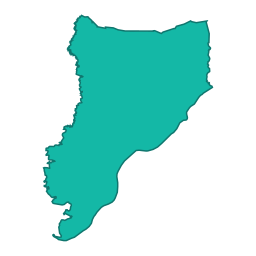 the district of Paso de los Libres, Corrientes, Argentina
{"feature_id": "61730980B64755596751827", "entity_name": "Paso de los Libres", "entity_type": "district", "adm_level": 2, "iso_a3": "ARG", "parent_name": "Argentina", "parent_adm1": "Corrientes", "projection": "mercator", "projection_center": [-57.461, -29.678], "detail": "fine", "context": "isolated", "style": "filled", "palette": "teal", "viewbox_px": 256, "rotation_deg": 0, "n_neighbors": 0, "source": "geoboundaries", "source_scale": "gbopen_adm2", "svg_char_len": 5495}
<svg xmlns="http://www.w3.org/2000/svg" viewBox="0 0 256 256"><path d="M51.8,200.9L52.8,203.0L53.8,203.5L62.1,204.9L64.1,204.5L66.9,202.3L68.6,202.1L69.3,203.4L70.6,203.6L71.3,204.8L71.3,205.5L70.6,207.1L70.3,209.7L68.8,211.0L67.4,210.3L67.3,209.9L66.0,209.8L65.7,210.2L65.6,211.1L63.6,213.6L64.1,214.5L65.3,213.5L69.8,215.7L70.5,216.6L71.6,216.1L71.9,216.5L70.8,218.1L69.8,218.1L69.1,218.6L67.9,218.8L64.9,220.4L63.1,219.9L61.7,219.9L61.1,220.6L60.6,222.0L59.3,223.9L59.6,225.4L58.8,227.1L59.6,233.1L61.3,235.7L61.1,237.0L59.8,237.3L55.6,236.5L54.7,236.2L54.1,234.8L53.6,234.5L53.0,234.8L52.9,235.3L53.3,236.0L53.9,236.6L57.5,238.6L58.4,239.5L63.9,240.6L66.2,240.6L71.6,238.2L74.5,237.2L83.4,230.6L85.9,229.2L89.2,226.4L91.4,223.3L92.4,219.5L94.0,216.3L95.0,215.2L97.0,212.1L101.2,207.4L103.8,205.7L108.5,204.0L112.1,202.1L114.0,200.2L115.2,198.0L117.3,192.3L117.7,186.7L117.7,182.7L116.8,176.5L117.0,173.9L118.0,171.4L121.3,165.3L124.5,160.9L136.1,150.5L139.1,150.2L146.2,151.0L147.8,150.9L153.1,149.4L157.6,147.0L161.8,143.3L171.4,133.8L173.6,132.5L176.8,128.7L179.8,122.8L183.4,120.3L186.1,120.0L186.7,119.6L187.3,118.6L187.4,117.4L186.6,114.1L186.6,112.0L189.3,107.9L190.7,106.4L194.4,104.0L198.6,97.5L200.5,95.3L202.0,94.5L203.4,93.1L212.4,87.4L211.9,86.2L210.3,85.6L209.4,84.7L209.5,84.1L209.1,83.7L209.2,83.0L208.4,83.4L208.1,82.3L206.6,81.5L206.5,81.1L207.1,80.6L206.5,79.3L207.0,76.8L206.7,74.8L207.8,72.8L209.6,71.6L209.7,71.2L209.5,68.5L208.5,67.8L207.9,66.4L208.6,65.1L207.5,64.0L208.0,63.0L208.0,61.7L209.0,61.1L209.7,59.1L209.7,58.2L208.1,55.1L208.8,51.7L208.5,50.8L209.0,50.5L209.0,49.5L210.0,49.4L210.5,48.4L210.4,47.8L208.6,46.0L208.0,43.5L208.4,42.6L208.9,42.6L209.2,33.7L206.2,22.2L206.9,21.0L196.3,22.7L191.4,21.6L190.7,20.9L184.2,24.1L176.4,26.3L175.1,28.5L174.0,28.5L163.0,32.1L161.3,33.5L154.7,30.7L153.4,30.8L153.4,31.1L125.1,31.0L118.0,29.8L113.4,27.9L105.5,27.1L105.6,28.3L97.5,26.8L97.7,26.6L92.8,21.6L92.2,22.4L91.6,20.4L88.7,17.8L87.9,16.8L84.7,17.0L81.5,15.4L80.8,16.4L79.9,16.5L80.2,17.3L79.9,17.7L78.0,18.2L78.0,18.8L77.5,18.9L77.5,19.4L77.0,19.8L77.7,20.2L77.3,20.6L77.3,21.2L76.7,21.3L76.7,21.6L76.1,21.6L75.8,22.0L76.1,22.4L74.9,22.7L74.3,23.5L74.6,23.9L75.4,23.4L75.4,24.3L75.7,24.4L75.6,25.7L75.9,25.7L75.7,26.6L75.1,26.4L74.6,27.2L75.5,27.6L75.3,28.1L74.7,28.1L75.0,28.7L74.9,28.9L74.3,28.4L74.1,28.6L74.7,29.8L75.5,29.5L75.6,30.0L76.1,30.2L75.6,30.4L75.7,30.7L76.3,30.8L75.8,32.1L76.0,32.3L75.2,33.2L75.6,33.5L75.7,34.3L74.5,34.6L73.8,36.4L73.3,36.2L73.3,37.7L72.8,38.1L72.6,38.0L71.5,39.2L71.6,39.8L72.3,40.1L71.5,40.4L71.6,41.1L70.4,41.4L70.8,40.8L70.0,41.5L70.0,42.0L70.9,42.0L70.3,43.5L70.8,44.2L70.7,45.1L69.0,46.3L68.8,46.8L69.2,47.6L68.9,47.8L68.2,47.6L67.6,48.3L68.3,49.4L67.7,49.7L68.1,50.2L68.1,50.7L69.3,50.6L68.9,50.1L69.3,49.6L70.6,49.9L70.7,50.8L70.5,51.2L71.0,52.0L70.3,52.3L69.5,52.1L69.5,52.4L70.1,53.7L70.3,53.2L70.1,52.6L70.4,52.6L70.6,54.0L71.2,54.1L71.7,53.5L72.3,53.5L72.6,54.0L72.1,54.6L73.5,54.4L73.3,55.5L74.7,55.2L76.0,56.5L76.1,57.3L76.7,57.5L76.6,57.9L75.9,57.9L76.4,58.9L77.0,58.8L77.8,59.5L78.0,61.4L77.2,63.2L77.0,63.3L76.7,62.6L76.5,63.0L77.0,63.8L76.4,63.9L75.8,64.9L76.7,65.6L77.0,65.6L77.1,65.1L78.7,65.4L79.2,66.2L78.7,67.1L78.4,67.1L78.3,66.6L77.8,66.7L76.8,68.2L76.7,69.2L76.4,69.5L76.9,70.4L76.5,71.5L76.6,72.6L76.2,73.9L76.3,74.3L79.3,75.4L79.8,75.9L81.2,75.7L82.8,76.5L82.6,76.9L80.6,77.3L79.3,78.8L79.3,79.2L79.9,80.2L79.1,80.2L80.3,82.4L80.1,83.9L79.5,84.8L79.6,85.8L80.0,86.5L80.9,86.9L80.9,87.4L79.4,88.9L80.9,91.9L82.2,91.6L82.1,92.2L80.9,92.6L80.4,93.5L81.3,94.2L81.4,95.2L81.1,95.3L81.7,95.6L82.2,97.3L82.3,98.0L82.0,98.3L80.7,98.9L80.8,100.7L81.8,102.6L80.7,103.0L79.7,102.9L78.2,103.8L78.0,104.4L78.5,105.1L77.9,105.5L76.6,105.6L76.8,107.9L76.2,108.9L75.6,108.7L75.2,109.0L75.5,109.8L75.1,110.7L75.6,110.9L76.5,112.8L76.4,113.1L75.8,112.9L75.7,113.5L75.0,114.0L75.6,115.1L73.8,115.2L74.5,117.6L74.9,118.1L74.0,119.4L74.5,119.9L73.8,120.1L73.8,120.4L74.5,120.3L74.8,120.9L73.9,122.0L74.1,122.8L73.5,122.9L73.0,123.4L72.7,124.5L72.9,124.9L72.4,125.5L72.4,126.0L71.8,126.0L72.1,126.7L71.7,126.8L71.5,126.5L70.8,126.8L70.4,126.0L70.3,126.9L69.9,127.1L69.5,126.7L69.1,125.8L68.4,125.8L67.9,126.2L67.9,125.5L67.6,125.4L66.1,126.5L65.7,126.2L64.1,127.0L64.0,127.5L64.3,128.0L63.6,129.3L64.3,129.4L64.6,128.7L66.2,130.2L65.6,131.9L63.0,133.3L62.6,133.8L62.3,135.0L63.7,137.9L61.8,140.7L61.3,142.7L60.5,142.2L59.9,142.4L61.4,143.2L62.0,144.2L61.3,144.5L60.6,143.8L59.6,144.1L59.7,144.8L58.9,144.9L58.8,145.5L56.0,145.0L54.9,145.3L54.2,146.4L53.8,146.5L49.7,146.4L48.8,147.0L48.1,148.0L46.3,148.2L46.1,148.5L46.0,150.5L47.6,150.6L48.1,151.2L47.4,153.2L46.2,154.5L46.1,155.0L46.2,155.3L47.8,155.1L48.9,155.4L49.0,156.2L48.5,157.2L48.8,157.8L48.5,158.5L48.6,159.5L49.5,159.9L51.9,160.0L54.6,160.9L54.8,161.2L53.2,161.7L52.3,161.6L50.9,162.9L49.6,161.7L47.5,163.0L47.4,163.4L49.1,163.7L49.4,164.1L49.4,166.3L49.7,168.1L49.3,168.3L47.1,167.7L44.2,167.6L43.6,167.9L44.2,169.1L44.3,170.9L44.9,172.8L45.1,174.9L45.3,175.3L46.4,175.5L46.8,177.3L46.7,177.8L46.1,178.3L45.6,180.1L44.0,181.3L44.1,181.8L44.7,182.2L45.8,181.5L46.6,181.5L46.9,182.0L45.9,185.2L45.7,185.6L44.3,185.5L44.2,186.2L44.9,186.7L47.5,187.2L48.4,186.8L48.9,188.0L48.8,188.9L48.0,188.9L47.6,188.0L47.1,187.9L46.9,188.5L47.2,190.2L46.5,191.2L48.4,194.0L49.9,195.2L51.1,196.7L52.2,197.5L55.3,196.6L56.0,196.8L56.2,197.1L55.8,198.3L54.4,198.2L54.1,198.5L53.9,199.6L52.8,200.2L52.5,201.5L51.8,200.9Z" fill="#14b8a6" stroke="#0f766e" stroke-width="1.5"/></svg>